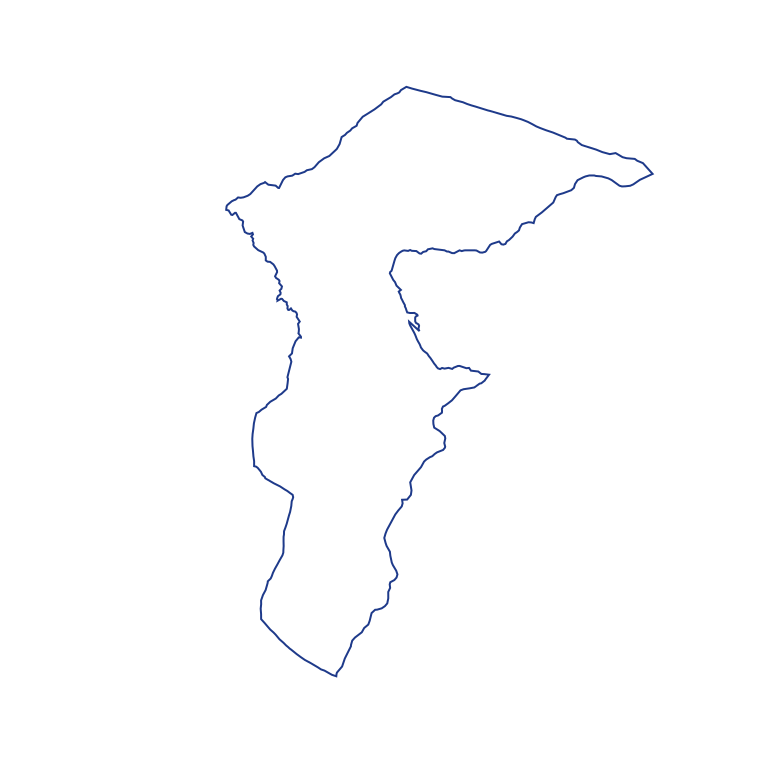 the district of Mobayi-Mbongo, Équateur, Democratic Republic of the Congo, rotated 106°
{"feature_id": "63176286B77587123851522", "entity_name": "Mobayi-Mbongo", "entity_type": "district", "adm_level": 2, "iso_a3": "COD", "parent_name": "Democratic Republic of the Congo", "parent_adm1": "Équateur", "projection": "mercator", "projection_center": [21.025, 4.13], "detail": "fine", "context": "isolated", "style": "outline", "palette": "blue", "viewbox_px": 768, "rotation_deg": 106, "n_neighbors": 0, "source": "geoboundaries", "source_scale": "gbopen_adm2", "svg_char_len": 6101}
<svg xmlns="http://www.w3.org/2000/svg" viewBox="0 0 768 768"><g transform="rotate(106 384 384)"><path d="M92.2,444.4L96.8,448.7L99.5,449.7L100.9,451.2L102.7,453.8L105.9,456.1L106.1,456.2L112.8,462.5L116.0,463.8L122.6,468.8L132.2,477.4L132.9,478.1L140.3,481.4L143.3,481.5L147.0,485.1L149.7,486.3L152.8,488.9L155.3,490.1L158.3,492.8L165.6,492.8L171.0,494.1L172.9,495.2L179.9,499.4L183.5,503.7L188.8,507.8L194.8,510.6L197.3,512.5L199.8,517.1L202.0,518.8L205.9,524.4L206.3,527.3L209.0,529.6L211.0,533.9L212.5,535.8L215.7,537.3L224.5,538.9L224.7,539.7L223.2,542.8L223.3,543.7L224.3,550.1L222.7,554.0L223.7,554.7L225.9,557.8L229.0,560.3L238.3,564.9L240.6,566.9L243.3,570.5L244.5,573.1L244.9,575.7L247.7,577.5L248.5,578.7L250.3,580.7L255.1,583.9L256.5,584.3L260.1,583.7L260.0,581.2L263.4,577.5L263.3,576.3L260.5,574.4L260.3,573.5L265.4,568.5L265.8,565.2L266.7,564.2L270.6,563.6L276.3,559.7L277.0,556.7L276.7,554.3L275.0,552.1L276.3,551.2L278.8,552.3L279.9,550.7L280.4,549.8L282.2,549.9L284.4,548.2L286.3,548.0L287.6,546.8L290.0,541.8L290.9,536.3L291.6,535.0L294.3,532.7L297.8,531.7L298.5,529.7L298.0,527.1L299.5,523.3L300.9,521.6L304.5,518.1L305.9,517.6L310.5,518.4L311.8,517.0L312.8,513.9L313.8,512.8L316.0,512.6L318.3,509.0L320.8,508.9L322.9,510.1L324.8,508.5L326.4,508.3L328.7,510.1L330.0,510.3L331.9,510.3L332.5,509.4L333.3,509.3L330.4,506.4L330.3,505.4L331.8,503.2L332.3,500.0L334.5,499.3L335.6,498.1L338.1,497.6L339.2,496.4L338.8,495.4L337.0,494.3L338.6,492.4L339.0,490.9L338.8,489.6L339.5,488.0L341.0,486.8L343.5,486.5L347.2,482.2L349.9,483.2L354.7,480.9L357.5,480.3L358.9,480.2L361.4,476.9L362.3,476.6L362.7,478.8L367.3,480.8L374.8,481.6L380.0,480.9L383.6,482.9L385.7,480.7L388.1,479.2L404.1,478.7L405.6,477.6L409.7,476.9L415.4,476.1L421.7,479.9L424.0,482.0L427.8,484.0L432.4,488.4L436.4,490.8L438.5,491.0L442.4,494.6L445.4,496.6L447.1,498.6L451.8,498.6L457.7,498.2L462.8,497.3L468.4,496.5L473.0,495.5L479.9,493.3L484.7,491.4L489.5,489.6L493.9,487.6L498.8,486.2L498.7,484.1L499.4,482.3L502.3,478.1L504.9,475.9L506.3,472.8L507.4,472.1L509.8,462.6L511.1,455.6L512.7,450.5L513.5,447.4L514.8,444.0L515.7,441.3L517.8,440.1L519.8,440.1L522.1,440.4L526.8,439.5L533.0,439.0L536.1,439.1L545.2,439.0L549.4,439.2L553.1,439.5L556.1,438.7L558.6,438.4L562.9,437.2L567.4,435.8L571.5,434.9L573.9,434.3L576.7,434.4L582.4,435.8L587.0,436.8L591.6,437.9L596.1,438.7L599.6,438.9L602.2,439.3L605.7,441.3L607.4,441.0L610.3,441.0L614.7,441.0L620.3,442.2L622.3,442.3L625.9,442.5L629.5,441.4L634.0,440.6L636.7,439.6L639.1,438.7L643.9,437.3L646.7,432.8L648.7,429.8L651.4,425.7L653.3,421.7L654.8,419.1L658.2,414.1L660.5,409.2L662.3,406.0L663.4,403.5L664.3,401.8L664.9,400.1L666.5,396.3L667.7,393.5L668.5,391.3L669.4,388.9L671.1,383.9L672.4,377.9L674.6,369.4L675.7,365.9L675.9,362.2L677.9,353.9L678.1,349.3L675.9,349.7L674.4,349.7L667.1,346.4L658.7,346.0L645.2,343.5L644.1,343.8L639.4,343.8L635.7,342.0L628.8,336.9L624.0,335.8L619.6,332.8L615.6,332.5L607.6,332.8L603.5,330.3L602.8,328.4L600.3,324.4L597.3,321.9L594.0,320.4L588.9,320.8L582.7,322.6L578.3,321.9L575.0,323.3L572.8,323.3L569.6,320.0L566.6,318.6L563.3,318.6L560.1,320.8L555.7,325.5L553.5,327.3L547.3,330.6L543.6,332.1L538.9,336.9L536.3,338.7L531.9,341.3L527.2,341.3L523.2,340.9L506.3,337.2L501.6,335.4L496.8,333.2L493.6,333.2L490.3,334.7L488.7,329.9L483.2,327.6L478.8,328.2L471.3,331.7L463.2,329.9L453.7,325.5L447.5,324.1L445.0,322.6L441.7,319.7L440.2,317.8L439.8,317.5L437.3,316.0L435.1,314.2L431.1,309.0L428.5,307.9L427.4,307.9L424.1,309.8L419.4,310.1L417.2,311.2L413.9,317.5L412.1,323.7L408.8,325.5L405.5,326.6L402.6,326.6L400.7,325.5L399.3,323.3L395.6,320.4L393.8,320.8L392.0,321.5L389.4,321.1L388.3,319.7L385.0,317.1L381.0,314.2L376.3,312.0L369.0,308.7L367.1,306.1L364.6,300.6L362.4,296.2L357.3,292.2L356.5,290.7L352.9,288.1L351.8,287.8L346.1,285.6L346.9,290.6L347.5,293.2L346.0,296.8L347.2,304.1L345.1,306.7L346.1,309.1L345.8,316.3L346.3,317.9L349.1,321.5L350.7,322.6L350.7,326.4L352.5,330.0L352.6,332.6L354.2,334.2L354.1,336.4L353.1,338.1L352.0,339.3L350.5,341.5L349.0,343.2L347.5,345.0L346.1,346.7L344.9,348.5L342.8,350.9L341.7,353.9L340.9,355.7L339.6,357.4L338.7,358.6L337.4,359.5L335.8,360.8L333.8,362.9L331.8,364.8L329.8,366.3L328.0,367.7L326.2,369.3L320.6,374.9L318.7,376.4L317.2,377.0L323.4,364.5L321.6,366.1L318.4,366.3L317.2,367.2L316.4,370.2L315.1,371.3L311.7,372.3L310.4,372.1L309.0,370.6L308.2,371.1L307.3,374.3L308.6,378.5L308.8,381.4L307.2,382.6L305.1,384.0L303.7,385.3L302.5,385.6L299.9,388.2L298.1,389.8L296.7,391.2L295.0,392.1L293.5,393.0L292.4,394.2L291.1,395.3L288.9,393.7L286.0,399.1L283.0,401.5L281.4,403.8L276.0,408.9L274.6,408.9L273.3,408.0L272.1,407.9L268.8,407.9L262.6,407.9L259.9,407.8L256.5,407.0L254.2,405.8L253.4,405.2L251.9,403.9L250.8,402.8L250.0,401.4L249.4,397.5L248.0,395.8L248.3,394.0L247.3,389.5L248.7,385.9L248.5,384.2L246.3,382.8L244.7,380.0L242.4,378.9L240.2,374.7L240.4,372.8L238.8,362.6L239.3,360.1L238.9,358.5L239.4,354.7L238.9,352.6L234.7,348.2L234.8,345.9L233.4,343.6L230.5,333.7L230.2,331.9L231.1,328.0L230.6,325.7L229.1,323.2L228.1,322.5L221.0,320.3L219.6,319.0L215.3,312.6L217.3,309.6L217.1,307.7L215.9,305.9L213.0,305.2L211.1,303.5L206.9,301.0L203.3,299.7L201.0,297.8L199.1,296.6L196.1,296.5L192.3,295.4L188.7,289.7L188.1,286.9L188.1,284.5L184.1,284.5L181.5,284.1L175.6,279.6L162.9,271.3L157.0,270.5L154.8,269.8L153.0,267.2L151.2,264.3L146.1,257.4L143.1,255.5L139.1,255.5L134.7,254.1L130.3,249.3L128.9,247.5L127.0,244.2L125.6,239.4L125.6,237.6L124.5,232.1L124.5,225.1L125.2,221.4L128.5,212.3L128.5,209.7L127.4,206.4L125.6,202.0L123.4,199.4L117.2,194.3L108.0,183.7L100.3,196.0L99.6,202.1L98.5,205.0L100.1,213.1L100.2,217.2L99.1,221.4L98.2,225.0L100.8,230.3L100.9,238.0L100.2,244.7L99.9,256.6L99.8,259.7L98.1,264.4L97.0,265.6L96.4,267.8L97.8,275.8L97.2,277.5L95.7,290.9L95.4,298.2L94.9,304.4L94.4,308.6L93.4,312.9L92.4,317.8L91.9,322.6L91.7,325.2L91.7,329.7L91.8,335.4L92.4,340.0L92.3,357.3L92.4,359.5L92.1,372.6L92.1,376.7L91.9,381.3L91.4,385.8L91.6,393.9L90.8,397.2L89.9,399.2L91.7,407.2L91.8,413.9L91.8,420.5L91.8,423.7L92.1,429.7L92.3,438.4L92.2,444.4Z" fill="none" stroke="#1e3a8a" stroke-width="2"/></g></svg>